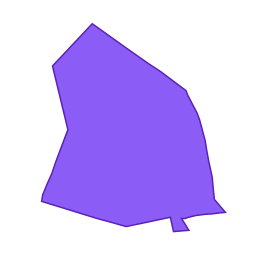 Eayoune El Atrous, Hodh el Gharbi, Mauritania (Natural Earth projection), rotated 266°
{"feature_id": "47542326B47795340566920", "entity_name": "Eayoune El Atrous", "entity_type": "district", "adm_level": 2, "iso_a3": "MRT", "parent_name": "Mauritania", "parent_adm1": "Hodh el Gharbi", "projection": "natural_earth1", "projection_center": [-9.445, 16.825], "detail": "fine", "context": "isolated", "style": "filled", "palette": "violet", "viewbox_px": 256, "rotation_deg": 266, "n_neighbors": 0, "source": "geoboundaries", "source_scale": "gbopen_adm2", "svg_char_len": 639}
<svg xmlns="http://www.w3.org/2000/svg" viewBox="0 0 256 256"><g transform="rotate(266 128 128)"><path d="M178.6,168.4L181.9,164.6L191.1,152.5L209.4,130.0L233.6,100.7L234.5,99.6L195.1,57.0L136.7,66.9L130.5,67.9L100.0,53.9L91.2,50.2L87.6,48.7L78.9,44.0L67.4,38.3L60.8,36.7L39.8,91.1L36.4,100.8L29.8,119.3L36.0,164.0L21.5,166.2L21.5,166.3L21.7,181.6L34.0,175.1L33.7,178.6L34.7,182.1L36.0,189.7L36.5,198.9L36.5,206.2L36.9,213.5L37.0,219.3L50.7,209.2L61.6,208.8L72.8,208.6L89.4,206.2L99.1,205.1L110.0,204.1L131.2,200.0L138.2,197.9L149.9,192.8L156.2,190.0L161.2,188.5L178.6,168.4Z" fill="#8b5cf6" stroke="#5b21b6" stroke-width="1.5"/></g></svg>